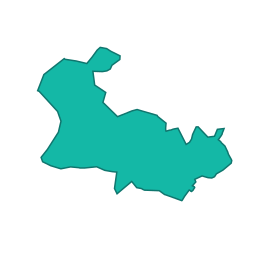 the district of Igbo-Eze-South, Enugu, Nigeria, rotated 343°
{"feature_id": "59680162B63088628372837", "entity_name": "Igbo-Eze-South", "entity_type": "district", "adm_level": 2, "iso_a3": "NGA", "parent_name": "Nigeria", "parent_adm1": "Enugu", "projection": "albers", "projection_center": [7.412, 6.949], "detail": "fine", "context": "isolated", "style": "filled", "palette": "teal", "viewbox_px": 256, "rotation_deg": 343, "n_neighbors": 0, "source": "geoboundaries", "source_scale": "gbopen_adm2", "svg_char_len": 1493}
<svg xmlns="http://www.w3.org/2000/svg" viewBox="0 0 256 256"><g transform="rotate(343 128 128)"><path d="M219.7,156.6L213.1,155.4L208.3,161.2L201.7,160.1L195.4,147.4L193.5,146.9L187.9,153.1L185.5,157.2L182.6,159.7L178.8,160.7L175.7,142.8L172.0,142.4L170.6,142.3L168.5,142.5L166.8,142.2L163.5,142.2L163.5,140.8L164.0,139.0L165.8,134.5L159.8,125.7L159.5,124.4L145.4,115.2L142.1,113.0L136.8,112.8L121.3,114.1L111.5,96.2L117.1,87.5L108.7,77.2L111.0,63.5L120.1,66.6L124.5,67.2L128.3,66.4L131.0,63.3L140.2,60.1L141.5,56.7L134.0,49.6L130.8,45.8L125.0,42.8L121.3,44.5L114.4,49.7L107.5,54.3L98.1,48.8L87.9,43.9L87.3,43.0L63.2,52.3L52.5,65.9L53.8,67.0L65.5,91.6L65.9,101.7L65.9,101.9L60.2,111.7L44.7,124.9L36.3,130.7L36.5,135.3L43.1,141.5L51.9,147.4L61.7,148.4L69.7,151.7L70.3,152.2L74.6,153.5L86.7,155.9L93.4,161.7L100.1,165.1L104.4,166.9L97.4,181.9L98.3,187.7L115.9,180.2L118.9,187.6L123.1,189.8L124.4,191.2L124.9,191.6L125.5,192.2L139.6,197.1L143.5,202.3L144.6,203.0L158.2,213.2L158.8,212.9L162.0,210.0L168.4,205.2L169.0,205.7L169.5,206.7L170.2,207.3L171.9,206.6L173.0,205.6L173.6,205.0L174.3,204.6L174.3,203.8L174.0,203.3L172.7,202.1L177.1,199.4L176.8,196.6L184.8,195.5L190.0,198.9L193.5,200.3L196.5,199.9L199.0,197.8L199.1,197.7L206.5,196.0L216.4,191.8L217.7,189.5L217.6,188.2L216.4,182.7L216.3,180.6L216.4,180.4L215.4,173.6L213.5,170.3L213.0,169.5L212.6,168.0L210.9,165.6L214.5,162.9L216.1,161.5L217.0,160.0L218.2,158.6L219.7,156.6Z" fill="#14b8a6" stroke="#0f766e" stroke-width="1.5"/></g></svg>